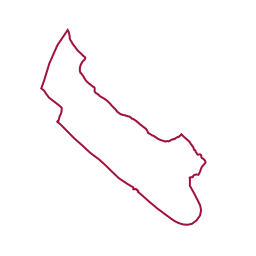 Mad, Vientiane, Laos (Albers equal-area conic projection), rotated 107°
{"feature_id": "54806243B62258390491570", "entity_name": "Mad", "entity_type": "district", "adm_level": 2, "iso_a3": "LAO", "parent_name": "Laos", "parent_adm1": "Vientiane", "projection": "albers", "projection_center": [101.829, 18.685], "detail": "fine", "context": "isolated", "style": "outline", "palette": "rose", "viewbox_px": 256, "rotation_deg": 107, "n_neighbors": 0, "source": "geoboundaries", "source_scale": "gbopen_adm2", "svg_char_len": 5404}
<svg xmlns="http://www.w3.org/2000/svg" viewBox="0 0 256 256"><g transform="rotate(107 128 128)"><path d="M186.1,99.9L188.4,94.5L190.5,90.0L192.8,85.0L194.8,80.0L196.5,76.3L197.7,72.6L199.3,68.5L200.3,65.4L202.4,59.4L203.4,56.1L204.1,51.7L204.1,47.0L203.1,42.7L200.9,38.8L196.3,35.4L190.4,33.5L185.2,34.1L180.9,36.4L177.3,39.7L174.5,42.5L172.0,44.8L165.0,52.1L161.9,52.9L158.7,53.9L157.5,54.5L156.8,53.9L156.4,52.2L155.6,51.6L154.7,51.6L153.6,51.0L153.1,50.0L152.4,49.0L152.2,47.0L150.8,46.7L149.3,46.4L147.9,46.3L146.8,46.3L145.3,46.2L143.5,46.0L141.8,45.2L139.7,44.3L138.6,43.8L137.3,44.2L136.6,45.0L136.0,46.0L135.5,46.9L135.0,48.7L134.3,49.4L133.5,49.7L132.8,49.9L132.4,50.5L132.1,51.4L132.3,51.8L132.7,52.5L133.1,53.7L132.6,54.3L131.8,55.2L131.2,56.2L130.5,56.6L129.6,57.3L129.5,58.1L129.4,58.7L128.7,59.0L127.7,59.6L126.9,60.5L125.1,62.9L124.5,63.8L123.1,65.2L122.4,66.9L121.5,68.7L120.6,70.8L119.7,72.7L118.4,75.1L119.0,75.4L119.3,75.5L119.9,75.8L120.3,76.1L120.6,76.2L120.8,76.5L121.0,76.6L121.5,76.8L121.8,77.1L122.0,77.3L122.1,77.6L122.1,77.9L122.3,78.0L122.8,78.5L123.0,78.7L123.2,78.9L123.7,79.4L124.2,79.8L124.3,79.9L124.6,79.9L124.7,80.0L124.9,80.2L125.1,80.4L125.1,80.6L125.2,80.8L125.3,81.2L125.4,81.5L125.5,81.7L125.6,81.8L125.9,81.9L126.0,82.0L126.0,82.3L126.2,82.6L126.3,82.7L126.9,83.3L127.1,83.5L127.3,83.6L127.5,83.9L127.6,84.0L127.8,84.1L127.9,84.3L128.3,84.5L129.0,85.5L128.9,86.0L129.0,86.5L129.1,86.8L129.5,87.5L129.8,87.8L129.9,88.2L129.8,88.4L130.0,88.8L130.0,89.5L130.0,89.8L129.9,90.6L130.0,92.4L130.0,93.0L130.0,93.4L129.9,93.9L129.7,95.0L129.7,95.3L129.7,95.9L129.6,96.3L129.5,96.6L129.4,97.0L128.9,97.9L128.8,98.3L128.8,98.7L128.7,99.3L128.6,99.6L128.5,99.8L128.5,100.1L128.3,100.4L128.2,100.6L128.0,100.9L128.0,101.1L128.0,101.4L128.0,101.7L128.1,102.7L128.0,102.9L127.9,103.1L127.8,103.4L127.5,104.3L127.4,104.8L127.3,105.6L127.2,105.7L127.0,106.2L127.0,106.4L126.9,106.9L126.8,107.2L126.7,107.5L126.3,107.7L126.1,107.9L125.6,108.2L125.4,108.5L125.0,108.9L124.8,109.1L124.4,109.4L124.3,109.7L124.2,109.9L123.9,110.3L123.7,110.5L123.4,110.7L123.0,112.2L122.7,112.8L122.6,113.2L122.5,113.4L122.4,113.8L122.2,114.2L122.0,114.8L121.8,115.1L121.7,115.4L121.5,116.2L121.4,116.4L121.3,116.6L121.2,116.8L121.1,117.4L121.0,117.7L120.8,117.9L120.7,118.1L120.7,118.3L120.6,118.5L120.2,119.1L120.0,119.4L119.9,119.7L119.8,119.9L119.8,120.1L119.8,120.4L119.7,120.6L119.6,120.8L119.5,121.0L119.3,121.1L119.2,121.5L119.1,121.9L118.9,122.1L118.8,122.3L118.7,122.8L118.5,123.5L118.2,124.3L118.2,124.5L117.8,125.6L117.8,125.8L117.8,126.2L117.9,126.4L118.0,126.7L118.0,126.9L117.9,127.1L117.8,127.3L117.6,127.7L117.4,127.9L117.2,128.3L117.1,128.5L117.1,128.9L117.0,129.1L116.8,129.5L116.7,129.7L116.7,130.1L116.8,130.5L116.8,131.0L116.8,131.5L116.8,132.1L116.8,133.3L116.9,133.7L116.9,133.9L116.7,134.1L116.8,135.1L116.9,136.0L117.1,137.0L116.9,137.3L116.8,137.8L116.8,138.3L116.9,138.5L117.1,138.8L116.8,139.6L116.7,139.8L115.8,142.5L115.3,143.4L115.3,143.6L115.0,143.8L114.2,144.7L113.7,145.6L113.4,146.1L113.3,146.3L113.4,146.6L112.8,147.4L112.3,148.3L111.9,149.1L111.5,149.8L110.8,151.0L110.1,151.9L109.6,152.9L109.1,153.8L108.6,154.9L108.3,155.4L107.9,156.1L107.7,157.0L107.3,158.1L107.3,158.4L106.9,159.0L106.8,159.9L106.5,160.9L106.3,162.1L106.1,162.7L106.1,163.1L106.0,163.4L105.7,164.4L105.2,165.2L104.9,165.7L104.7,166.5L104.4,166.9L104.3,167.3L104.2,167.7L104.2,168.2L104.1,168.6L103.4,170.0L102.7,170.6L102.1,170.9L101.1,171.1L100.0,171.4L99.6,171.6L99.3,171.8L98.8,172.4L98.7,172.7L98.7,173.0L98.8,173.3L98.7,173.6L98.2,174.4L98.0,175.5L97.5,176.4L97.3,177.2L97.0,178.1L95.8,180.5L95.6,181.0L95.0,182.0L94.3,182.9L93.5,183.8L93.0,184.4L92.7,184.9L92.3,185.1L92.0,185.3L91.5,185.9L91.3,186.2L90.4,187.4L90.0,188.0L89.6,188.6L89.2,189.1L89.2,189.5L88.8,189.7L88.4,190.1L87.8,190.6L87.5,190.7L86.9,190.9L85.7,191.3L84.8,191.5L83.9,191.7L83.2,191.7L82.5,191.6L81.5,191.7L81.0,191.6L80.6,191.6L79.8,191.4L77.9,190.9L77.4,190.7L76.6,190.3L75.6,189.7L75.1,189.4L74.6,189.3L74.0,189.3L73.5,189.4L73.1,189.5L72.9,189.8L72.7,190.2L72.6,190.7L72.4,191.1L72.3,191.3L72.3,191.5L72.1,191.7L71.8,192.4L71.5,193.1L70.5,194.9L70.2,195.3L70.0,195.9L69.7,196.5L69.4,197.2L69.0,198.0L68.5,198.7L68.0,199.7L67.5,200.4L67.2,200.6L66.8,201.3L66.0,202.2L65.5,203.1L64.8,204.1L64.1,204.9L63.9,205.3L63.5,205.9L63.0,206.3L62.5,206.7L62.0,207.3L61.6,207.7L61.4,208.0L61.2,208.3L60.9,208.6L60.7,208.8L60.4,209.1L59.5,209.8L58.5,210.2L58.1,210.4L57.4,210.6L57.0,210.8L55.3,211.7L54.1,212.4L53.7,212.6L52.6,213.6L51.9,214.3L69.4,219.7L89.2,222.1L107.4,222.1L115.5,222.5L116.8,219.1L119.3,216.2L122.0,212.5L126.7,200.1L128.1,197.3L131.3,196.4L133.7,196.3L136.9,196.8L141.3,196.6L141.3,196.8L141.5,196.9L141.8,197.1L142.0,197.3L142.3,197.5L142.7,197.5L143.4,195.7L144.5,193.2L149.0,184.9L153.7,176.2L158.0,166.7L162.8,156.8L166.4,146.8L170.0,139.0L174.1,131.2L178.6,122.2L180.3,116.8L181.8,111.6L183.2,105.7L183.3,105.6L183.6,105.4L183.8,105.4L183.9,105.2L184.1,105.1L184.3,105.0L184.5,104.9L184.9,104.9L185.0,104.9L185.0,104.7L184.9,104.3L184.8,104.2L184.7,104.1L184.6,103.8L184.5,103.7L184.4,103.5L184.3,103.4L184.3,103.1L184.2,103.1L184.1,102.8L184.2,102.7L184.2,102.2L184.3,102.1L184.3,101.9L184.3,101.7L184.6,101.6L184.6,101.4L184.6,101.2L184.7,100.8L184.8,100.7L185.0,100.6L185.1,100.4L185.2,99.9L185.3,99.9L185.5,100.0L185.9,99.9L186.1,99.9Z" fill="none" stroke="#9f1239" stroke-width="2"/></g></svg>